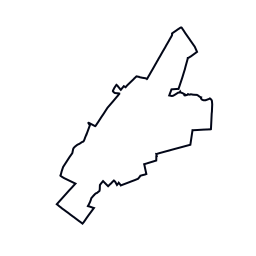 Dascalu, Ilfov, Romania, rotated 324°
{"feature_id": "2599482B8642066651605", "entity_name": "Dascalu", "entity_type": "district", "adm_level": 2, "iso_a3": "ROU", "parent_name": "Romania", "parent_adm1": "Ilfov", "projection": "natural_earth1", "projection_center": [26.247, 44.602], "detail": "fine", "context": "isolated", "style": "outline", "palette": "ink", "viewbox_px": 256, "rotation_deg": 324, "n_neighbors": 0, "source": "geoboundaries", "source_scale": "gbopen_adm2", "svg_char_len": 5529}
<svg xmlns="http://www.w3.org/2000/svg" viewBox="0 0 256 256"><g transform="rotate(324 128 128)"><path d="M219.2,77.4L218.9,78.0L218.6,78.3L218.3,78.6L218.0,78.9L217.6,79.1L217.4,79.2L217.1,79.3L216.6,79.6L216.1,79.8L215.7,79.9L215.2,80.2L214.6,80.5L214.0,80.7L213.2,81.1L212.9,81.2L212.5,81.4L212.0,81.7L210.9,82.1L210.3,82.4L209.5,82.8L208.7,83.1L208.2,83.3L207.8,83.5L207.2,83.8L206.5,84.1L205.9,84.4L205.5,84.6L205.1,84.8L204.3,85.1L204.0,85.2L203.7,85.4L203.0,85.7L202.7,85.8L202.4,86.0L202.0,86.1L201.6,86.3L201.1,86.5L200.3,86.9L200.0,87.0L199.6,87.2L199.2,87.4L198.2,87.8L197.9,88.0L197.4,88.2L197.0,88.4L196.3,88.7L195.7,89.0L195.4,89.1L194.9,89.3L193.5,89.9L191.9,90.7L191.1,91.0L189.8,91.6L188.8,92.1L187.8,92.5L186.3,93.2L185.0,93.8L184.1,94.2L182.8,94.8L181.2,95.5L179.6,96.2L178.5,96.7L177.2,97.3L174.9,98.3L173.6,98.9L172.9,99.2L172.3,99.5L172.2,99.5L172.2,99.3L171.7,98.5L171.5,98.3L171.4,98.1L170.9,97.5L170.4,97.1L169.5,96.1L169.2,95.9L168.5,95.1L168.3,94.8L167.8,94.4L167.6,94.1L167.1,93.5L167.0,93.1L166.9,92.9L166.7,92.8L166.6,92.7L166.4,92.6L165.4,91.3L165.0,91.2L164.4,91.3L164.2,91.4L163.6,91.4L163.3,91.5L162.5,91.5L161.3,91.8L159.9,92.0L159.1,92.1L156.9,92.4L155.5,92.6L154.0,92.8L152.6,93.0L151.2,93.3L150.0,93.6L149.2,91.7L144.6,92.9L144.5,92.2L144.5,90.8L144.4,89.7L144.3,87.4L144.1,86.7L144.0,86.3L143.3,86.5L142.5,86.8L141.4,87.2L140.6,87.5L139.6,88.0L138.7,88.5L138.0,88.8L137.6,89.1L137.4,89.3L137.4,89.5L137.4,89.9L137.5,90.5L137.6,91.1L137.9,91.9L138.3,92.3L139.5,93.4L139.9,93.7L140.6,94.3L141.1,94.9L141.2,95.0L141.0,95.3L140.4,95.4L138.7,95.9L137.3,96.2L133.7,97.1L131.7,97.6L124.0,99.4L123.5,99.5L120.6,100.6L117.3,101.9L116.2,102.3L115.5,102.6L114.7,102.8L114.3,103.0L113.4,103.3L109.0,105.0L108.3,105.3L103.9,106.9L103.1,107.2L102.5,107.2L99.4,100.9L99.3,100.7L98.9,100.7L98.8,101.6L98.8,102.9L98.7,103.2L98.7,103.4L97.4,104.3L93.2,107.1L91.7,108.1L91.1,108.5L90.7,108.8L90.6,108.7L88.9,109.8L87.7,110.5L86.3,111.5L85.5,112.0L84.6,112.5L83.8,112.7L83.2,112.5L82.9,112.4L81.8,112.3L80.5,112.3L79.2,112.2L78.7,112.1L77.8,111.9L77.0,111.8L76.9,111.8L74.3,111.9L74.2,111.9L73.7,112.0L72.9,112.1L71.9,112.4L71.3,112.8L70.7,113.3L68.3,115.5L67.9,115.7L63.7,117.1L52.6,121.4L48.8,124.1L47.0,125.6L46.6,126.0L46.3,126.1L45.9,126.4L45.4,126.7L45.3,126.8L45.3,127.0L45.8,128.4L46.2,129.5L46.6,130.3L46.7,130.7L52.8,142.1L49.3,142.8L48.0,143.1L43.7,143.9L39.6,144.8L28.4,147.2L25.6,147.8L25.7,148.2L26.0,149.2L26.3,150.5L26.6,151.6L26.9,152.4L27.1,153.3L27.2,153.5L27.2,153.8L27.5,154.8L28.0,156.2L29.1,159.7L29.6,161.1L29.8,161.9L30.2,163.1L30.4,164.0L30.8,165.2L30.9,165.5L31.0,165.7L31.0,165.9L31.7,168.0L32.0,168.8L32.3,170.0L32.5,170.6L32.6,170.9L33.7,174.5L33.8,174.8L34.2,175.9L34.6,177.2L34.6,177.4L34.7,177.7L34.9,178.2L35.0,178.6L37.0,178.1L39.6,177.2L41.5,176.5L45.1,175.3L53.4,172.7L52.2,171.1L51.5,170.0L50.4,168.5L49.7,167.8L49.6,167.6L49.8,167.5L50.2,167.4L50.6,167.2L51.2,166.9L52.2,166.4L52.9,166.0L53.9,165.5L54.9,164.8L55.4,164.5L56.7,163.5L57.1,163.2L57.5,163.1L58.0,163.0L58.5,162.9L59.6,162.6L60.2,162.5L60.9,162.3L61.0,162.4L61.5,162.3L62.1,162.1L62.3,162.1L62.9,162.0L63.5,162.0L63.8,162.1L64.1,162.1L64.6,162.3L65.2,162.3L65.3,162.3L65.5,162.3L66.1,162.2L67.4,162.2L68.0,162.1L69.2,160.9L70.2,159.6L71.3,158.2L71.8,157.6L72.0,157.6L73.0,157.2L76.6,156.3L77.2,160.2L77.2,160.3L77.7,163.4L80.2,163.0L81.5,162.9L82.1,162.8L82.6,162.7L83.4,162.5L84.3,162.4L84.7,162.3L85.7,162.2L86.0,163.6L86.0,164.4L85.6,167.6L86.1,167.5L86.6,167.3L87.3,167.2L88.1,167.0L88.3,166.9L88.5,169.7L88.4,170.2L88.7,170.3L96.1,172.3L97.2,172.6L98.8,173.0L102.7,174.1L106.0,174.9L106.4,175.0L106.9,174.8L107.4,174.7L108.5,174.4L109.0,174.3L109.5,174.1L109.9,174.0L110.0,173.9L110.8,174.2L111.9,174.6L113.1,175.1L113.6,175.3L113.9,175.4L114.3,175.6L115.1,175.8L115.8,176.0L118.2,170.5L119.6,167.4L119.8,166.8L131.7,170.9L132.6,169.8L134.3,167.5L134.7,167.7L135.6,165.7L135.7,165.8L137.5,166.4L138.4,166.7L154.0,172.6L159.7,174.8L168.6,178.2L178.9,167.7L179.1,167.9L182.8,170.3L188.3,173.8L194.0,177.6L194.3,177.7L194.6,177.2L194.9,177.1L199.8,171.0L204.2,165.5L205.4,164.2L210.0,158.4L211.4,156.1L211.5,155.9L211.8,155.4L212.0,154.7L212.0,153.8L211.9,153.5L211.9,153.1L211.8,152.6L211.7,152.4L211.6,152.2L210.8,152.2L209.5,151.8L207.6,151.3L207.5,151.2L207.4,151.2L207.0,151.1L206.8,151.0L205.6,150.1L205.4,149.9L204.9,149.2L204.6,148.7L204.4,147.8L204.5,146.8L204.8,146.2L205.1,146.1L204.5,145.2L204.2,144.3L204.0,143.8L203.9,143.2L203.5,142.3L203.2,141.7L201.8,140.6L200.6,139.6L200.0,139.1L199.6,138.6L198.6,137.6L198.0,137.5L197.3,137.1L196.6,136.4L196.6,136.2L197.2,135.6L196.3,135.9L196.0,136.1L195.8,136.1L195.1,135.9L193.5,135.3L193.2,135.1L192.9,134.8L192.9,134.6L193.7,134.2L193.3,133.3L193.1,133.2L192.8,132.2L191.4,130.0L191.6,129.2L191.3,129.3L191.2,129.6L190.9,129.8L189.4,128.9L186.4,128.7L184.9,128.6L183.4,128.4L182.3,127.9L180.5,125.9L181.0,125.6L181.4,125.3L182.1,124.8L182.2,124.7L182.9,124.3L183.1,124.2L183.5,123.9L184.3,123.4L184.9,123.0L185.7,122.4L185.9,122.3L186.7,122.8L190.9,125.4L191.8,126.1L201.6,119.1L206.1,115.7L208.4,114.0L210.3,112.4L215.7,108.1L216.7,107.3L217.4,106.6L217.5,106.5L217.8,106.7L219.5,106.9L220.3,106.9L220.6,107.0L228.6,107.0L229.8,101.4L229.8,100.0L229.9,94.9L229.9,94.0L230.0,91.8L230.0,91.5L230.0,90.4L230.1,84.8L230.2,83.2L230.3,81.6L230.3,80.4L230.4,78.4L230.3,78.1L230.1,78.0L229.9,77.8L229.7,77.8L229.4,77.7L228.5,77.6L227.3,77.6L226.4,77.5L225.9,77.5L224.2,77.5L220.8,77.4L219.2,77.4Z" fill="none" stroke="#020617" stroke-width="2"/></g></svg>